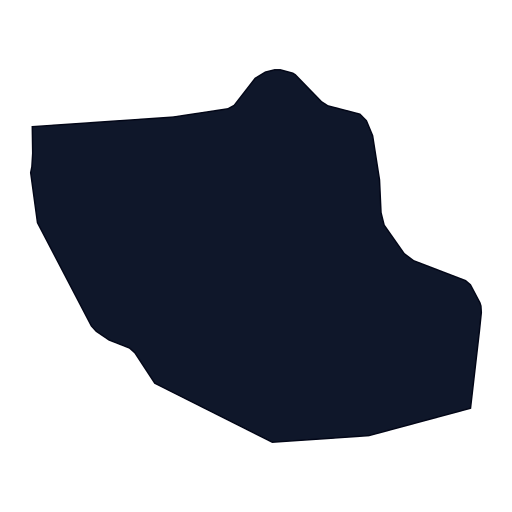 the border of Newham
{"feature_id": "GBR-2770", "entity_name": "Newham", "entity_type": "London Borough", "adm_level": 1, "iso_a3": "GBR", "parent_name": "United Kingdom", "parent_adm1": "", "projection": "equal_earth", "projection_center": [0.049, 51.527], "detail": "fine", "context": "isolated", "style": "filled", "palette": "ink", "viewbox_px": 512, "rotation_deg": 0, "n_neighbors": 0, "source": "natural_earth", "source_scale": "10m", "svg_char_len": 599}
<svg xmlns="http://www.w3.org/2000/svg" viewBox="0 0 512 512"><path d="M154.8,383.2L134.9,352.8L129.5,348.0L109.1,340.0L96.3,331.3L91.4,325.9L37.5,222.7L30.7,172.7L31.9,166.7L32.7,153.3L32.3,126.7L173.0,117.1L227.9,108.8L234.2,105.4L255.2,78.3L265.4,72.1L274.7,69.8L280.3,69.8L292.8,73.2L295.3,74.8L321.4,101.7L327.7,105.8L359.9,114.2L366.4,120.8L372.6,135.7L379.5,179.9L381.0,212.6L384.1,225.1L404.1,253.6L413.5,260.7L465.6,280.7L470.4,284.8L479.9,302.8L480.9,306.0L481.3,312.6L479.4,331.0L470.5,408.2L368.8,435.6L272.3,442.2L154.8,383.2Z" fill="#0f172a" stroke="#020617" stroke-width="1.5"/></svg>